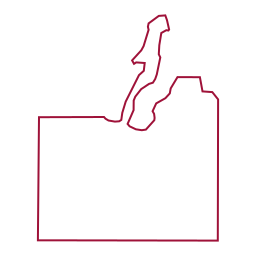 Grand Traverse, Michigan, United States of America (Natural Earth projection)
{"feature_id": "52423323B3617037234322", "entity_name": "Grand Traverse", "entity_type": "district", "adm_level": 2, "iso_a3": "USA", "parent_name": "United States of America", "parent_adm1": "Michigan", "projection": "natural_earth1", "projection_center": [-85.521, 44.752], "detail": "fine", "context": "isolated", "style": "outline", "palette": "rose", "viewbox_px": 256, "rotation_deg": 0, "n_neighbors": 0, "source": "geoboundaries", "source_scale": "gbopen_adm2", "svg_char_len": 798}
<svg xmlns="http://www.w3.org/2000/svg" viewBox="0 0 256 256"><path d="M217.8,240.6L218.1,99.4L212.3,92.1L202.5,91.4L199.9,77.2L177.5,77.1L170.7,88.4L169.8,93.4L165.4,98.2L156.2,103.4L152.6,111.2L154.1,113.9L154.6,117.9L154.3,120.2L145.9,129.6L141.8,130.2L135.9,129.3L129.6,126.3L127.6,123.9L133.6,110.1L133.7,100.5L135.3,96.6L141.2,89.1L149.0,83.9L152.9,82.7L155.2,79.0L156.8,74.4L160.3,57.4L158.8,54.3L159.3,45.2L161.3,33.0L166.3,30.2L168.4,30.5L169.1,29.5L167.0,20.2L165.3,15.4L158.8,15.9L148.6,23.4L147.9,26.8L148.6,29.8L143.6,46.1L141.3,50.3L132.1,60.4L134.0,63.8L136.2,62.4L144.7,63.0L143.8,70.8L139.0,75.1L125.7,101.6L122.3,112.8L121.3,119.9L119.2,121.3L114.9,121.6L108.5,120.5L105.5,118.7L104.0,117.0L39.0,117.2L37.9,240.3L217.8,240.6Z" fill="none" stroke="#9f1239" stroke-width="2"/></svg>